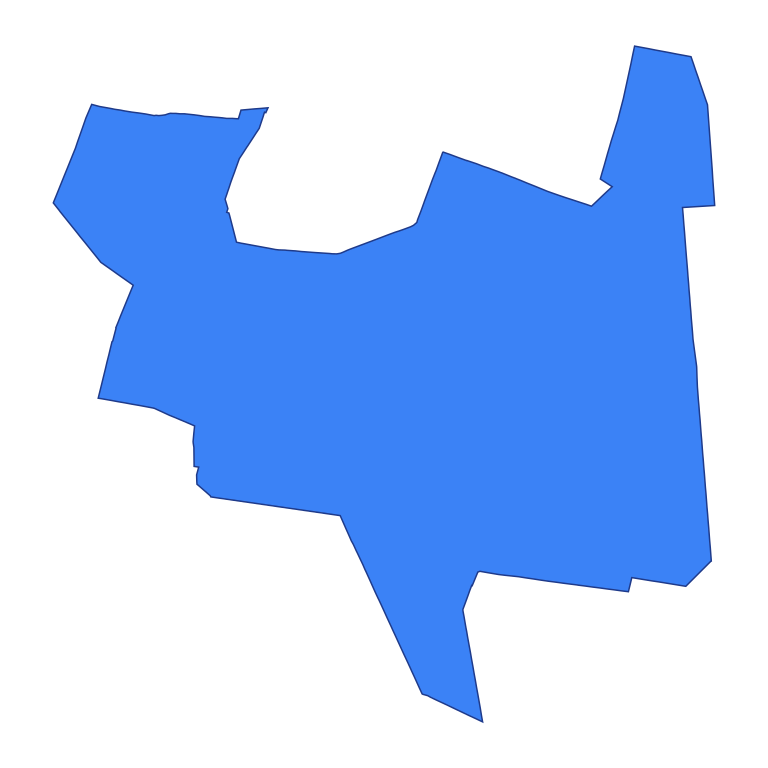 outline of Nextlalpan, México, Mexico
{"feature_id": "50627088B68991694125409", "entity_name": "Nextlalpan", "entity_type": "district", "adm_level": 2, "iso_a3": "MEX", "parent_name": "Mexico", "parent_adm1": "México", "projection": "orthographic", "projection_center": [-99.078, 19.726], "detail": "fine", "context": "isolated", "style": "filled", "palette": "blue", "viewbox_px": 768, "rotation_deg": 0, "n_neighbors": 0, "source": "geoboundaries", "source_scale": "gbopen_adm2", "svg_char_len": 5625}
<svg xmlns="http://www.w3.org/2000/svg" viewBox="0 0 768 768"><path d="M98.2,398.2L102.0,398.8L111.1,400.4L118.1,401.7L125.1,402.9L132.1,404.2L139.1,405.4L146.1,406.7L153.0,408.0L154.5,408.4L161.5,411.6L169.9,415.5L170.8,415.8L171.9,416.3L173.2,416.8L181.5,420.3L189.8,423.8L194.6,425.9L193.8,433.6L193.1,441.4L193.2,443.0L193.9,447.5L194.0,456.9L194.1,466.4L198.7,467.1L196.6,474.9L196.8,481.5L197.0,484.3L198.5,485.5L203.2,489.6L210.3,495.8L210.8,496.9L217.5,497.9L340.2,515.6L346.0,528.8L349.0,535.5L350.5,538.9L351.2,540.6L353.2,544.2L354.2,546.3L356.2,550.7L357.3,552.9L359.9,558.4L362.8,564.5L365.0,569.6L366.3,572.3L370.2,580.9L371.3,583.4L375.1,591.9L376.5,594.9L378.1,598.3L378.8,599.7L381.6,605.7L383.9,610.7L387.3,618.2L391.2,626.6L393.0,630.6L396.2,637.5L398.2,641.9L398.9,643.4L401.0,648.0L403.9,654.3L408.0,663.0L408.8,664.8L409.7,666.7L411.9,671.6L414.5,677.2L416.0,680.5L418.4,685.8L419.8,688.9L420.1,689.5L421.7,693.0L422.2,694.0L422.9,694.3L423.2,694.4L427.8,695.7L430.6,697.3L437.1,700.4L443.6,703.4L450.1,706.5L456.6,709.6L463.1,712.7L469.6,715.8L476.1,718.8L482.6,721.9L481.4,715.1L480.3,708.3L479.1,701.5L477.9,694.7L476.6,687.6L475.4,680.6L474.1,673.5L472.9,666.5L471.6,659.4L470.4,652.3L469.1,645.3L467.8,638.2L466.6,631.1L466.0,628.1L465.3,624.1L464.2,617.6L463.0,611.1L462.9,610.2L462.9,609.4L465.6,602.1L468.3,594.7L469.7,590.7L471.0,587.3L471.7,585.4L472.2,585.7L477.5,572.9L477.8,572.1L479.9,571.3L487.9,572.7L498.5,574.5L505.2,575.3L511.9,576.0L518.5,576.7L526.1,577.9L533.7,579.0L541.4,580.2L549.0,581.3L556.1,582.2L563.3,583.2L570.4,584.1L577.6,585.0L577.8,585.1L585.0,586.0L592.2,587.0L599.5,587.9L606.7,588.9L613.9,589.8L621.1,590.8L628.4,591.7L630.1,584.7L631.8,577.6L638.5,578.7L645.3,579.8L652.0,580.9L658.8,581.9L665.5,583.0L672.3,584.1L679.0,585.2L685.8,586.3L690.8,581.3L695.8,576.3L700.8,571.3L705.8,566.3L710.8,561.3L711.3,561.1L710.8,554.4L710.3,547.7L709.7,541.0L709.2,534.3L708.7,527.6L708.1,520.8L707.6,514.1L707.0,507.4L706.5,500.7L706.0,494.0L705.4,487.3L704.9,480.6L704.4,473.9L703.8,467.2L703.3,460.5L702.7,453.8L702.2,447.1L701.7,440.4L701.1,433.7L700.6,427.0L700.1,420.3L699.5,413.6L699.0,406.9L698.4,400.2L697.9,393.5L697.4,386.8L697.0,377.1L696.7,367.5L696.6,366.1L695.7,359.4L694.8,352.7L693.9,346.0L693.0,339.2L692.5,332.3L691.9,325.3L691.3,318.4L690.8,311.4L690.2,304.5L689.7,297.5L689.1,290.6L688.6,283.6L688.0,276.6L687.5,269.7L686.8,261.3L686.1,252.9L685.1,240.0L684.5,231.9L683.8,223.8L683.2,215.7L682.5,207.5L690.6,207.0L698.6,206.5L706.7,206.0L714.7,205.5L714.2,198.6L713.7,191.7L713.2,184.8L712.7,178.0L712.3,171.1L711.8,164.2L711.3,157.3L710.8,150.4L710.3,143.5L709.8,136.7L709.3,129.8L708.8,122.9L708.3,116.0L707.8,109.1L707.5,104.8L705.1,97.9L702.8,91.1L700.4,84.2L698.1,77.3L695.7,70.5L693.4,63.6L691.0,56.7L684.0,55.4L676.9,54.1L669.8,52.7L662.8,51.4L655.7,50.1L648.7,48.7L641.6,47.4L634.6,46.1L632.7,55.0L630.9,63.9L629.4,70.8L627.9,77.7L626.4,84.6L624.9,91.5L623.4,98.4L621.5,105.7L619.6,112.9L617.8,120.2L615.6,127.0L613.5,133.8L611.3,140.7L609.5,147.0L607.6,153.4L605.8,159.8L604.0,166.2L602.1,172.6L600.3,179.0L606.2,182.8L612.2,186.7L607.0,191.5L601.8,196.4L596.7,201.3L591.5,206.2L586.1,204.3L579.3,202.1L572.6,199.9L565.8,197.7L559.0,195.4L547.6,191.4L541.0,188.7L534.4,186.0L527.1,183.1L519.9,180.1L516.3,178.7L515.2,178.2L514.3,177.9L511.4,176.8L501.5,172.8L501.0,172.7L499.3,172.0L492.4,169.5L488.4,168.0L483.7,166.5L480.8,165.4L476.4,163.7L466.8,160.5L466.7,160.6L458.4,157.6L450.1,154.5L444.9,152.7L443.3,152.1L442.9,152.2L442.7,152.4L442.1,154.1L439.0,162.5L436.0,170.8L435.1,172.9L432.5,179.5L431.9,181.1L429.2,188.5L426.4,196.0L424.4,201.4L423.9,202.9L421.0,210.9L417.6,219.7L416.8,222.5L413.4,225.4L412.3,225.9L412.1,226.0L410.8,226.7L405.7,228.6L403.8,229.3L399.0,231.0L395.2,232.2L390.0,234.1L385.8,235.7L372.7,240.7L356.4,246.8L350.8,248.9L347.5,250.2L343.3,252.1L340.3,253.3L336.7,253.9L332.8,253.8L332.4,253.8L329.5,253.5L326.5,253.3L315.8,252.6L306.2,251.9L303.9,251.7L302.0,251.6L295.4,250.9L293.7,250.8L286.7,250.3L285.0,250.1L278.7,249.9L275.3,249.5L268.6,248.2L265.2,247.6L257.6,246.2L250.0,244.8L242.4,243.4L242.1,243.4L236.5,242.2L234.8,235.6L233.1,229.0L231.4,222.4L229.7,215.8L228.9,213.0L226.7,212.3L227.9,208.7L227.3,206.5L225.1,199.2L226.9,194.0L228.1,190.3L228.3,189.9L230.8,182.2L232.5,177.5L234.6,171.9L235.3,169.8L235.5,169.3L237.4,164.0L239.2,159.0L239.2,158.9L239.3,158.7L243.2,152.8L247.0,146.9L247.2,146.7L253.8,136.6L256.0,133.2L259.2,128.4L261.5,121.5L263.3,116.1L263.8,114.4L264.5,112.2L265.8,112.7L268.0,107.8L261.2,108.4L254.5,108.9L247.8,109.5L241.0,110.1L238.4,118.7L236.6,118.7L232.2,118.4L226.6,118.4L222.8,117.9L218.9,117.5L215.0,117.2L209.5,116.7L204.7,116.4L200.0,115.6L193.9,114.8L184.3,113.8L179.9,113.8L175.7,113.4L172.6,113.4L170.3,113.3L168.3,113.8L165.9,114.6L165.5,114.8L162.1,115.3L158.8,115.6L156.1,115.3L154.1,115.6L145.7,114.0L138.9,113.0L131.8,112.1L124.4,110.9L120.4,110.1L114.8,109.3L110.9,108.5L107.0,107.8L99.6,106.5L91.7,104.4L85.9,118.0L82.5,127.8L80.1,134.6L77.7,141.4L75.4,148.3L72.7,154.9L70.0,161.6L67.3,168.3L64.6,174.9L61.9,181.6L59.2,188.3L56.5,195.0L53.8,201.6L53.3,202.9L59.3,210.5L60.0,211.5L64.1,216.6L68.2,221.7L72.3,226.8L76.4,231.9L80.5,237.1L84.7,242.2L88.8,247.3L92.9,252.4L97.0,257.5L100.9,262.4L106.3,266.2L111.7,270.0L117.0,273.8L122.4,277.6L127.8,281.4L133.2,285.2L130.7,291.2L128.2,297.3L125.7,303.4L123.2,309.5L120.7,315.6L118.3,321.7L115.8,327.8L116.0,328.3L112.9,340.3L112.8,340.9L112.3,341.4L112.0,341.7L110.4,348.3L108.8,355.0L107.1,361.6L105.4,368.9L103.6,376.2L101.8,383.6L100.0,390.9L98.2,398.2Z" fill="#3b82f6" stroke="#1e3a8a" stroke-width="1.5"/></svg>